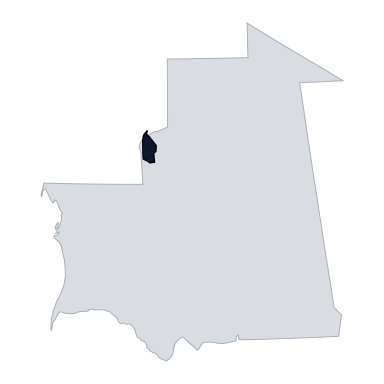 F'Derick, Tiris Zemmour, Mauritania (highlighted)
{"feature_id": "47542326B14226246765401", "entity_name": "F'Derick", "entity_type": "district", "adm_level": 2, "iso_a3": "MRT", "parent_name": "Mauritania", "parent_adm1": "Tiris Zemmour", "projection": "albers", "projection_center": [-12.824, 22.739], "detail": "fine", "context": "in_parent", "style": "filled", "palette": "ink", "viewbox_px": 384, "rotation_deg": 0, "n_neighbors": 0, "source": "geoboundaries", "source_scale": "gbopen_adm2", "svg_char_len": 3513}
<svg xmlns="http://www.w3.org/2000/svg" viewBox="0 0 384 384"><path d="M162.0,359.3L161.4,359.1L158.6,357.2L157.3,354.9L155.1,353.2L152.0,352.0L150.0,350.7L149.1,349.2L148.0,348.3L146.8,347.7L146.7,347.2L147.0,346.5L146.7,345.1L144.9,342.1L143.3,340.7L141.9,341.0L141.1,340.6L140.6,339.9L140.4,339.0L139.4,338.1L137.7,337.7L136.4,335.5L135.4,331.4L134.1,328.2L132.5,325.9L131.3,325.0L130.5,324.9L130.2,324.5L130.0,323.9L128.7,323.6L126.9,324.3L125.3,324.1L124.6,322.9L123.5,322.8L122.1,323.7L120.6,323.5L118.9,322.0L118.0,320.5L117.8,319.1L115.0,316.2L109.5,311.8L103.4,309.7L96.9,309.9L93.2,309.7L92.4,309.0L91.6,309.0L90.8,309.8L89.9,309.9L89.0,309.5L88.4,309.8L88.2,310.9L85.9,311.4L81.5,311.4L77.9,312.0L75.2,313.3L71.3,313.8L66.4,313.5L63.4,312.9L62.4,312.1L61.0,311.9L59.2,312.3L57.5,314.4L55.9,318.2L54.7,320.4L53.7,320.9L52.6,323.7L51.9,328.5L51.0,330.6L51.3,318.6L52.8,314.2L53.4,310.3L56.6,301.7L60.4,294.6L63.9,285.2L65.4,276.1L65.1,267.1L64.3,259.1L62.8,253.8L61.4,246.1L59.1,242.0L54.8,238.3L53.9,236.3L54.9,235.5L57.6,235.0L59.3,232.3L55.8,233.3L60.0,225.0L61.5,219.3L61.3,215.5L62.2,213.2L59.2,208.1L56.9,201.6L55.7,200.6L54.4,200.0L54.3,201.5L53.5,202.9L52.0,202.0L49.5,197.3L46.0,189.7L44.7,188.9L43.6,189.9L42.9,190.9L41.5,197.1L41.1,194.6L41.8,191.7L42.8,188.1L43.9,183.1L47.2,183.2L52.9,183.3L64.4,183.6L70.1,183.7L81.6,183.9L87.4,184.0L98.9,184.2L104.6,184.2L116.1,184.3L121.9,184.4L133.4,184.4L139.1,184.4L142.9,184.4L142.7,180.8L142.5,178.0L142.3,174.2L142.1,170.4L141.8,166.6L141.6,163.0L141.4,159.5L141.2,156.2L141.0,153.2L140.7,151.4L139.5,147.9L139.2,146.2L139.6,144.4L140.4,142.7L142.6,139.6L145.9,137.2L149.8,134.4L152.8,132.3L154.3,131.8L158.9,131.0L162.5,129.4L166.0,127.8L167.5,127.0L167.6,124.0L167.3,59.0L184.4,58.9L189.0,58.8L220.5,58.3L225.1,58.2L248.0,57.7L247.9,54.6L247.8,50.2L247.6,44.2L247.5,38.1L247.2,27.5L247.0,23.0L251.6,25.9L260.8,31.5L265.5,34.4L274.7,40.0L284.0,45.6L293.3,51.1L298.0,53.9L302.7,56.7L307.3,59.5L312.0,62.2L321.4,67.7L325.4,70.0L331.5,73.8L337.1,77.2L342.9,80.7L334.3,81.1L322.9,81.7L315.2,82.1L307.2,82.4L299.7,82.8L300.6,88.9L301.6,95.5L302.6,102.2L303.6,108.8L304.5,115.5L307.5,135.4L308.5,142.1L309.5,148.7L310.5,155.4L311.5,162.0L313.5,175.3L314.5,182.0L315.6,188.6L316.6,195.3L317.6,201.9L318.6,208.6L320.7,221.8L321.7,228.5L322.7,235.1L323.8,241.8L324.8,248.4L325.8,255.0L326.9,261.7L327.9,268.3L330.0,281.5L331.1,288.1L332.1,294.8L333.2,301.4L334.2,307.8L337.5,311.0L341.6,315.1L340.7,321.1L339.7,328.4L338.6,336.3L327.8,336.8L317.2,337.3L290.5,338.3L285.2,338.5L258.6,339.4L253.3,339.5L243.0,339.8L239.9,339.7L238.8,339.1L238.3,335.1L237.4,335.4L236.4,336.6L235.9,337.9L236.1,339.6L236.0,341.0L232.5,341.6L227.9,342.7L223.1,343.5L218.2,343.3L216.5,343.0L214.7,342.5L210.8,342.0L208.6,342.0L206.2,342.2L203.3,342.5L202.4,343.3L200.3,346.3L198.2,349.9L196.8,349.9L195.3,348.0L191.0,344.4L185.8,339.7L183.4,337.4L182.2,337.1L179.8,338.8L177.7,340.4L175.5,342.8L174.5,345.0L173.8,347.6L173.4,350.7L172.7,354.3L170.9,357.2L168.8,359.4L167.2,360.4L166.6,361.0L162.0,359.3ZM57.7,227.1L56.0,229.7L55.3,228.6L55.1,226.9L56.6,224.5L57.3,223.2L58.6,222.8L57.7,227.1Z" fill="#d9dde1" stroke="#a8b0b8" stroke-width="1"/><path d="M143.3,159.0L148.1,161.5L149.9,162.8L154.5,162.2L153.7,153.3L155.8,151.5L156.0,149.2L156.2,145.6L155.3,144.5L149.3,136.9L146.4,134.0L147.3,130.5L145.4,133.0L144.2,134.3L143.5,135.6L143.0,138.9L142.7,140.8L142.8,146.6L142.9,150.6L143.0,155.2L143.2,157.8L143.3,159.0Z" fill="#0f172a" stroke="#020617" stroke-width="1.5"/></svg>